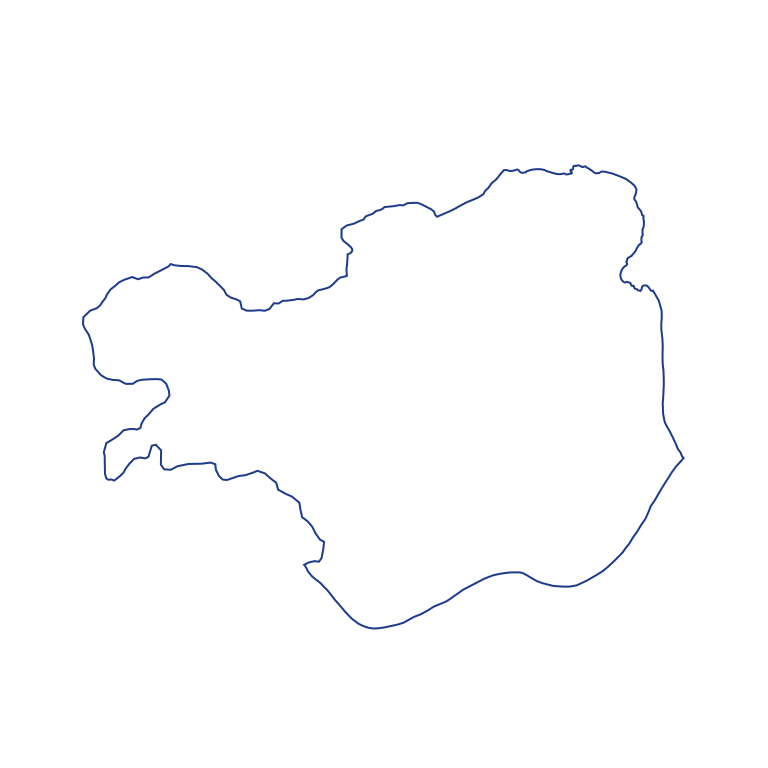 outline of Pha Oudom, Bokeo, Laos, rotated 188°
{"feature_id": "54806243B51169476275365", "entity_name": "Pha Oudom", "entity_type": "district", "adm_level": 2, "iso_a3": "LAO", "parent_name": "Laos", "parent_adm1": "Bokeo", "projection": "natural_earth1", "projection_center": [100.874, 20.197], "detail": "fine", "context": "isolated", "style": "outline", "palette": "blue", "viewbox_px": 768, "rotation_deg": 188, "n_neighbors": 0, "source": "geoboundaries", "source_scale": "gbopen_adm2", "svg_char_len": 6137}
<svg xmlns="http://www.w3.org/2000/svg" viewBox="0 0 768 768"><g transform="rotate(188 384 384)"><path d="M637.6,250.9L632.8,255.9L629.7,259.8L628.3,263.7L625.2,269.4L621.0,275.1L615.4,277.3L610.0,277.1L607.0,279.3L606.4,284.2L605.3,290.6L601.6,292.1L595.5,287.3L593.7,273.0L589.8,268.9L583.2,269.4L577.1,273.8L566.5,277.6L553.4,279.7L545.0,282.0L539.9,281.1L538.6,275.8L534.7,270.0L530.5,266.9L526.1,267.1L515.3,272.6L508.4,274.5L501.6,277.9L497.3,280.4L489.4,278.9L484.0,275.2L477.0,271.2L474.1,264.6L466.2,261.6L459.5,259.7L451.3,254.7L449.3,248.1L446.6,240.8L440.6,237.4L435.5,233.0L430.9,226.5L425.8,221.0L421.4,219.4L421.2,212.4L421.6,202.9L423.7,199.0L428.1,198.9L433.4,197.0L437.9,193.8L437.2,193.3L435.1,190.7L433.1,187.8L431.0,185.7L428.2,183.3L425.7,181.7L421.0,179.1L418.5,177.5L415.4,174.9L411.6,172.1L406.5,167.3L402.9,163.7L394.2,156.2L391.1,153.3L383.7,147.5L381.6,146.2L375.8,143.0L370.7,141.4L365.3,140.4L360.3,140.4L354.4,141.6L349.4,143.1L336.7,147.8L331.5,150.3L321.8,157.6L315.5,161.1L308.7,166.2L303.7,170.5L296.5,174.7L291.9,177.5L289.0,180.0L284.5,184.3L279.8,188.6L277.0,191.3L273.2,194.0L257.5,205.2L253.1,207.7L249.1,209.8L244.1,211.7L239.1,213.3L233.6,214.8L230.1,215.4L223.3,216.3L220.3,216.1L214.9,214.1L211.3,212.5L204.9,210.0L199.7,208.9L194.0,208.2L188.0,207.6L182.1,208.0L176.6,208.5L171.7,209.3L165.2,211.4L155.8,217.5L146.4,224.9L141.4,229.1L137.0,233.9L131.7,240.4L127.0,246.7L124.3,250.4L121.3,256.2L118.9,260.0L116.0,266.9L113.0,272.6L110.0,279.5L106.2,287.3L103.9,295.5L102.9,300.0L99.8,306.2L96.7,313.9L94.6,319.0L91.9,325.1L89.3,330.7L86.7,336.6L83.2,343.2L79.2,348.9L77.0,352.4L78.4,353.5L79.1,354.4L80.8,357.4L83.9,360.5L86.4,364.8L91.4,372.5L94.7,377.2L97.3,380.5L100.0,384.2L101.3,386.9L103.5,393.5L105.3,403.7L105.7,410.1L106.8,422.0L107.7,428.2L109.1,436.1L111.0,443.5L112.4,452.8L113.1,459.4L114.5,467.1L117.0,476.9L117.8,482.3L118.2,488.5L119.3,495.3L123.5,504.8L130.5,513.8L130.9,513.5L131.7,513.4L132.2,513.5L132.7,513.8L133.7,514.6L134.5,515.6L136.2,517.2L136.7,517.6L137.3,517.9L138.8,518.0L139.8,517.8L140.7,517.6L141.2,517.3L141.6,516.6L141.9,516.0L142.1,514.0L142.3,513.3L142.6,512.6L143.1,511.8L143.9,512.0L145.5,512.2L145.9,512.3L146.8,513.1L147.3,513.2L149.0,513.4L149.3,513.7L149.6,514.2L149.9,515.3L150.2,515.7L150.6,515.9L150.9,516.0L151.3,515.8L151.9,515.7L152.2,515.8L152.6,516.0L153.3,517.0L154.1,518.3L154.4,518.5L156.4,518.7L157.9,519.0L159.1,518.2L159.8,518.1L160.5,518.2L161.8,519.0L163.4,520.5L164.0,521.4L164.4,522.3L165.0,524.3L165.1,526.4L165.0,527.5L164.7,528.8L164.2,530.8L163.2,532.5L162.4,533.5L160.4,535.4L160.1,535.9L160.0,536.4L160.0,536.8L160.6,538.0L161.0,538.3L160.9,538.7L160.4,540.3L160.5,540.8L160.5,541.9L160.3,542.2L160.1,542.6L157.2,545.0L156.7,545.2L156.2,546.4L155.7,547.0L155.1,547.7L153.9,549.8L153.1,551.6L152.5,553.7L151.4,556.0L150.7,557.5L149.3,558.5L148.5,560.4L149.2,562.3L149.2,563.5L149.5,565.1L149.0,565.9L148.5,567.6L148.7,568.5L149.1,569.4L149.2,571.2L149.6,572.8L149.1,574.4L148.7,576.9L148.9,577.9L149.1,580.5L149.5,582.2L149.8,582.8L150.4,585.1L150.3,586.5L150.8,586.9L151.9,587.3L153.1,590.1L153.9,591.3L155.9,593.0L157.0,594.0L157.4,594.5L157.8,595.2L158.4,596.9L159.7,599.6L160.2,600.2L160.9,600.8L161.9,602.1L162.1,602.8L162.0,603.9L161.9,604.7L161.4,605.8L161.1,608.4L161.0,610.8L161.1,611.5L161.4,612.4L163.7,615.4L167.7,618.0L172.6,620.6L180.4,622.7L187.7,624.3L195.4,625.0L198.4,624.5L198.9,624.2L199.9,623.2L200.3,622.9L202.7,622.3L203.4,622.1L204.0,622.2L205.6,622.8L207.9,624.2L210.0,625.2L211.9,626.1L213.3,626.5L214.9,627.6L216.2,627.1L217.2,626.5L217.4,626.4L218.1,626.5L218.8,626.7L219.6,627.1L220.1,627.3L222.0,627.6L222.4,627.5L224.5,626.6L225.9,626.6L226.2,626.5L226.5,626.2L226.7,625.5L226.7,623.4L227.0,622.8L227.2,622.5L228.6,622.2L228.9,622.1L229.1,621.8L229.1,621.2L228.6,620.5L227.8,620.1L227.5,619.8L227.4,619.5L227.4,619.1L227.5,618.7L228.1,618.2L229.5,618.1L229.8,618.0L230.8,617.3L231.4,617.1L232.6,616.9L233.2,617.0L234.1,617.4L234.3,617.5L234.8,617.5L236.4,617.2L237.3,616.7L238.7,616.3L239.6,616.2L241.8,616.0L245.9,616.4L252.8,617.5L255.1,618.3L258.8,618.5L261.9,618.1L264.6,617.6L268.2,616.5L272.5,614.4L273.0,613.5L274.0,613.0L277.0,612.3L278.0,612.5L279.2,613.2L280.3,614.4L281.8,615.0L285.6,613.2L288.8,612.4L291.6,612.9L294.9,612.6L297.9,608.1L301.1,602.5L305.5,597.6L307.8,592.9L310.7,589.3L312.0,585.8L317.1,581.5L327.5,575.4L332.5,571.8L337.4,568.0L342.0,564.8L354.8,557.0L356.9,558.7L358.6,561.8L361.4,563.5L371.7,567.1L376.0,568.1L381.5,567.2L385.9,566.3L389.9,563.5L393.4,563.4L398.9,561.5L408.1,559.3L410.2,557.0L412.4,555.6L415.8,554.3L419.0,550.9L422.3,549.2L425.2,547.6L425.9,546.5L426.5,545.6L426.8,544.3L432.2,541.2L436.1,538.6L442.9,535.8L447.6,531.4L446.4,522.9L443.9,519.9L439.7,517.5L435.6,514.7L434.2,513.0L434.0,511.2L435.5,508.9L438.1,507.3L437.6,502.8L437.2,496.4L437.1,491.9L435.8,486.1L437.9,484.9L442.0,483.4L444.6,480.9L448.7,475.2L451.5,472.3L454.3,470.8L462.6,467.3L464.4,465.3L466.7,462.0L470.7,458.6L475.4,456.6L481.4,456.2L485.2,454.7L493.4,452.6L495.7,452.4L499.5,449.1L504.3,448.6L506.3,445.1L507.9,442.3L512.3,439.9L517.5,439.8L523.3,438.5L530.1,437.5L535.3,438.9L537.9,445.8L541.7,447.2L547.5,448.2L552.4,450.4L555.6,454.9L565.0,462.0L569.2,464.6L574.1,468.7L580.0,472.0L585.8,473.7L594.1,473.5L602.0,472.6L608.1,472.4L611.9,473.1L613.9,470.3L626.8,461.2L631.9,456.8L637.3,455.9L642.1,453.5L648.2,454.9L655.8,451.0L660.5,447.8L663.5,444.2L668.2,439.3L670.8,434.1L671.7,430.7L676.3,422.1L678.8,419.2L685.2,415.7L691.0,408.3L690.4,401.3L688.0,397.2L683.2,391.7L681.1,387.6L678.5,382.1L676.9,377.1L674.7,368.7L674.2,362.8L672.1,359.0L665.4,353.3L661.7,351.7L659.3,350.8L653.3,350.3L646.8,350.8L641.8,348.9L639.3,348.2L635.8,348.8L632.8,349.2L629.1,352.6L624.7,354.4L617.2,356.0L609.2,357.3L604.8,357.4L599.7,353.9L596.0,347.3L594.9,342.6L598.3,335.5L603.0,332.3L608.9,327.4L612.5,321.7L616.4,316.6L618.5,311.2L619.2,306.5L622.6,304.4L624.6,304.7L629.6,304.0L635.5,301.9L639.7,296.2L644.8,291.6L650.7,286.9L652.0,277.3L650.6,274.1L649.1,264.3L647.8,256.1L645.8,251.8L643.6,250.8L641.0,251.5L637.6,250.9Z" fill="none" stroke="#1e3a8a" stroke-width="2"/></g></svg>